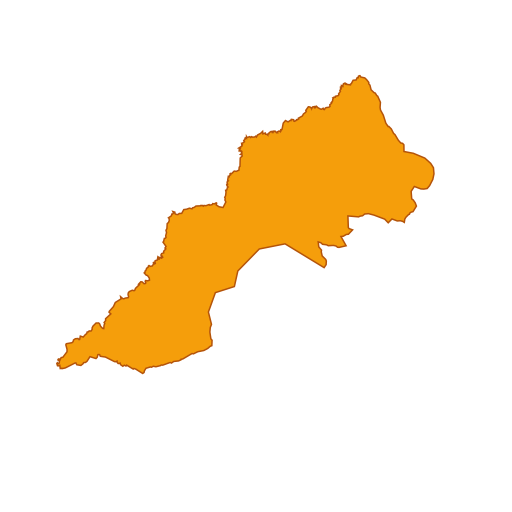 the district of Asante Akim Central Municipal, Ashanti, Ghana, rotated 37°
{"feature_id": "2480657B1767599566587", "entity_name": "Asante Akim Central Municipal", "entity_type": "district", "adm_level": 2, "iso_a3": "GHA", "parent_name": "Ghana", "parent_adm1": "Ashanti", "projection": "robinson", "projection_center": [-1.254, 6.565], "detail": "fine", "context": "isolated", "style": "filled", "palette": "amber", "viewbox_px": 512, "rotation_deg": 37, "n_neighbors": 0, "source": "geoboundaries", "source_scale": "gbopen_adm2", "svg_char_len": 6087}
<svg xmlns="http://www.w3.org/2000/svg" viewBox="0 0 512 512"><g transform="rotate(37 256 256)"><path d="M354.1,119.6L351.1,117.7L347.8,116.6L346.0,116.7L341.0,111.0L340.6,105.2L347.3,103.2L349.7,101.6L352.1,99.1L352.3,95.3L351.1,88.4L348.7,83.3L344.6,78.7L339.8,76.9L331.9,76.2L319.8,79.3L311.3,83.5L307.2,78.2L305.3,77.8L303.6,78.6L300.0,77.9L293.9,75.4L292.1,75.3L287.6,73.1L284.1,72.6L283.7,73.1L279.8,71.8L272.9,66.9L267.6,64.5L265.7,62.7L262.9,58.4L257.0,55.1L255.9,55.2L253.2,54.1L252.0,54.5L247.9,54.0L244.2,51.0L242.4,50.6L241.6,49.5L238.2,48.6L235.7,48.3L232.0,50.0L230.5,49.4L230.0,49.8L229.6,50.9L230.4,52.1L229.5,52.8L230.0,55.2L227.8,57.2L228.4,61.0L228.0,61.9L228.4,62.5L224.6,64.7L224.6,64.1L223.0,64.3L222.2,65.8L222.7,66.3L222.6,67.4L222.1,67.9L222.8,68.2L221.7,68.5L222.3,69.2L221.9,70.2L223.0,70.2L222.8,71.3L223.4,71.4L223.3,73.2L224.3,73.7L224.4,76.8L225.1,77.2L225.1,78.5L223.3,80.6L223.8,81.4L222.7,82.2L222.2,83.4L222.9,83.5L222.9,84.5L223.9,86.2L223.8,88.1L224.2,88.0L224.4,88.7L223.9,90.8L225.1,92.0L224.7,93.3L222.7,95.3L222.3,96.2L222.5,97.9L221.8,98.2L220.7,97.6L219.9,99.5L219.2,99.8L216.1,100.3L214.2,100.0L214.0,102.2L213.6,102.4L213.0,101.2L211.5,102.9L211.7,104.4L211.3,103.9L211.1,104.6L209.4,104.5L208.0,105.3L208.1,109.7L209.1,110.2L209.1,111.6L208.4,114.1L208.8,116.2L206.9,120.5L207.6,120.9L207.1,122.2L206.3,122.7L206.6,123.3L205.7,125.3L205.3,125.5L204.0,124.5L202.0,125.6L202.4,126.7L201.9,126.8L200.9,129.6L198.0,130.1L197.8,133.5L200.6,139.3L199.8,140.1L200.5,140.6L200.7,141.8L200.1,141.5L199.6,142.4L199.1,142.4L198.2,144.3L199.0,144.6L198.3,145.2L195.9,144.8L195.7,145.5L195.1,145.7L195.2,146.9L194.5,146.4L194.3,147.3L193.8,146.9L193.0,147.6L192.3,149.8L192.7,150.7L191.9,151.6L192.5,152.3L191.8,152.2L190.4,153.0L189.4,152.2L188.0,154.3L186.3,152.5L185.9,155.2L184.4,158.4L184.7,160.7L183.7,160.4L183.3,161.8L181.7,163.2L180.7,163.3L180.4,164.6L179.2,164.4L177.5,166.8L176.6,166.4L177.4,167.5L176.7,167.4L176.3,168.5L177.1,168.6L176.7,171.1L178.0,171.7L177.1,174.5L176.7,174.7L178.0,176.0L178.2,175.7L178.6,176.6L177.3,180.1L178.7,179.4L178.9,180.5L178.5,180.9L179.2,182.0L179.6,181.2L180.3,181.8L180.8,181.0L181.7,181.0L182.0,182.0L182.9,182.2L182.5,184.2L183.8,183.6L184.8,184.4L184.4,187.2L189.3,194.1L189.1,195.1L190.7,197.7L189.3,200.3L187.5,201.3L186.9,205.1L186.0,205.3L185.8,206.1L186.8,206.7L186.4,207.7L186.9,208.9L186.0,209.1L187.8,212.6L188.6,212.6L188.4,214.4L189.4,215.2L189.6,216.3L190.2,216.0L190.4,217.3L192.2,217.7L192.0,218.6L192.9,220.8L192.2,221.8L193.6,223.0L195.5,226.3L195.7,228.0L196.7,228.5L197.5,230.0L199.4,231.0L200.5,237.1L196.9,238.9L193.5,239.2L192.8,237.5L192.2,237.5L191.3,239.5L189.9,240.2L190.1,241.3L188.4,243.3L187.6,243.1L185.7,246.0L184.4,246.7L183.9,247.9L183.1,247.6L182.6,248.4L181.6,248.6L181.4,249.4L178.0,252.2L177.4,254.4L176.4,255.6L176.5,256.8L174.0,257.9L172.5,260.3L170.4,262.4L171.0,266.7L169.1,268.2L168.7,269.9L167.0,270.9L165.8,270.9L164.8,269.8L162.8,270.5L164.3,271.3L164.0,273.1L163.6,273.2L164.2,274.9L163.1,278.2L164.0,278.3L165.4,279.9L165.9,281.8L165.6,283.6L168.4,287.8L168.6,289.6L170.5,291.2L171.7,294.2L173.0,295.4L172.9,296.4L172.2,297.1L173.6,300.3L173.4,300.9L178.4,302.5L178.5,304.4L179.7,304.6L179.4,307.8L180.4,309.0L179.2,310.9L179.5,312.5L180.6,312.8L181.1,314.3L181.6,314.0L181.6,312.8L182.3,313.2L181.7,314.8L180.1,314.9L179.7,315.5L180.6,316.7L180.3,317.1L179.3,316.8L178.9,315.6L178.1,315.6L179.6,318.6L178.3,320.4L178.9,321.5L178.0,323.0L178.5,323.5L179.6,322.2L180.1,322.6L179.0,324.5L179.2,326.3L177.8,327.9L176.3,328.0L176.1,328.7L176.6,330.1L176.0,331.6L176.7,333.6L176.5,334.9L177.2,335.8L176.9,336.8L179.9,337.4L181.1,336.9L184.0,337.8L185.5,339.4L184.4,341.0L182.5,342.1L182.9,343.1L184.1,343.7L184.3,344.4L183.3,345.5L180.7,345.2L179.5,345.9L179.2,349.0L180.0,348.6L180.1,349.1L179.2,354.4L179.8,356.3L179.5,357.1L177.8,357.8L176.2,360.7L176.2,362.4L177.1,363.9L178.7,365.1L179.0,366.2L176.9,368.3L176.2,369.7L175.2,370.2L172.4,370.0L174.0,371.5L171.6,377.8L172.6,382.2L172.1,388.5L172.5,389.4L174.9,389.6L173.6,396.6L174.8,398.1L174.7,400.5L175.8,400.9L176.3,402.7L178.1,405.6L177.1,406.1L174.3,405.7L171.7,404.2L170.6,404.2L168.6,405.8L168.0,410.1L168.4,412.1L169.3,413.1L169.4,415.2L167.8,416.3L167.8,417.4L166.9,418.3L167.5,420.0L167.0,421.4L166.8,424.7L163.9,425.7L165.4,428.8L165.0,429.3L163.5,429.0L161.5,430.8L160.8,432.9L161.5,434.4L161.2,436.0L157.3,440.2L157.6,441.4L161.3,444.3L162.7,446.2L162.7,453.1L161.5,454.4L162.1,457.2L160.6,456.7L160.2,457.2L160.3,458.2L162.1,458.1L163.3,459.9L162.8,461.1L161.6,460.8L161.6,461.7L163.5,463.1L164.1,462.9L165.1,461.4L167.4,463.7L168.5,462.5L168.9,462.7L171.1,460.1L175.8,450.5L176.5,449.8L178.3,450.7L182.0,448.8L182.7,446.2L182.5,444.9L183.9,443.6L184.4,441.8L184.0,436.3L189.9,434.2L190.1,432.4L189.1,429.9L189.6,429.4L190.5,428.9L192.0,429.8L196.6,427.3L206.6,425.5L207.7,424.8L208.3,423.6L209.3,424.6L210.7,424.8L212.0,423.3L213.1,424.3L216.0,424.2L216.5,422.5L218.4,422.1L218.4,421.0L226.0,420.2L226.2,419.3L228.0,418.7L236.2,418.0L236.7,416.4L236.0,414.9L235.7,411.9L238.4,408.2L239.5,407.7L240.3,405.9L242.7,404.7L245.7,401.0L245.9,400.1L247.2,399.3L251.1,393.3L251.7,392.6L252.9,392.4L253.8,389.7L257.3,386.4L258.6,384.0L258.3,383.6L259.5,382.3L263.6,372.4L264.9,371.8L267.1,367.5L271.2,362.9L273.1,358.9L273.8,355.6L274.7,354.2L271.6,349.7L269.8,349.3L264.9,344.5L262.5,340.6L261.6,337.4L251.7,329.4L245.6,309.7L257.1,293.4L250.5,278.9L254.4,248.4L271.9,228.8L317.4,224.3L317.2,220.7L315.2,217.7L313.8,216.8L308.8,216.1L305.6,213.4L304.8,211.9L300.6,210.9L297.2,207.3L299.7,206.4L302.1,206.6L305.6,204.6L307.5,204.3L311.4,201.0L313.7,199.9L315.9,199.9L317.2,199.1L321.8,193.6L312.1,189.3L313.8,187.7L315.2,184.4L316.7,183.0L317.4,177.0L313.8,178.1L312.6,177.7L305.3,168.7L314.4,163.0L315.1,161.6L316.9,159.7L317.5,157.1L320.3,154.5L325.7,152.3L336.6,149.1L341.6,149.9L342.3,144.6L347.7,143.0L350.0,141.0L352.2,140.1L354.2,139.9L352.6,136.9L352.4,134.8L352.9,131.1L353.4,130.3L353.0,129.2L353.5,127.6L354.7,126.1L354.1,119.6Z" fill="#f59e0b" stroke="#b45309" stroke-width="1.5"/></g></svg>